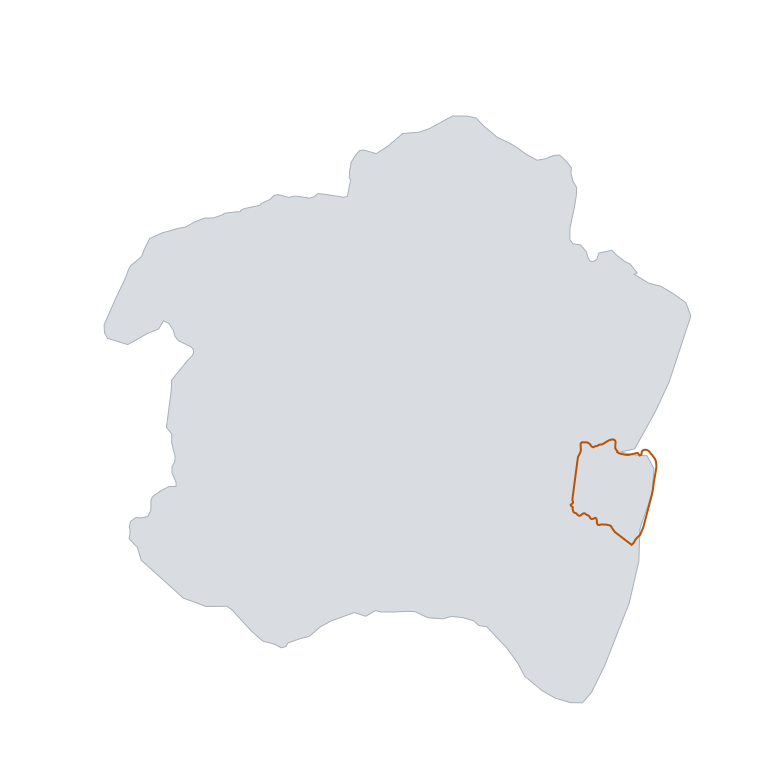 Saramacca on a map of Suriname (Mercator projection), rotated 102°
{"feature_id": "SUR-73", "entity_name": "Saramacca", "entity_type": "District", "adm_level": 1, "iso_a3": "SUR", "parent_name": "Suriname", "parent_adm1": "", "projection": "mercator", "projection_center": [-55.645, 5.696], "detail": "fine", "context": "in_parent", "style": "outline", "palette": "amber", "viewbox_px": 768, "rotation_deg": 102, "n_neighbors": 0, "source": "natural_earth", "source_scale": "10m", "svg_char_len": 3797}
<svg xmlns="http://www.w3.org/2000/svg" viewBox="0 0 768 768"><g transform="rotate(102 384 384)"><path d="M640.6,185.6L629.0,195.3L616.5,209.3L599.9,233.3L600.6,240.8L597.0,246.9L596.1,257.7L597.3,269.7L601.5,277.6L603.5,292.7L600.2,306.2L601.5,314.0L604.9,326.5L607.6,339.8L607.3,345.1L611.3,349.5L615.0,353.7L613.8,365.6L626.9,386.7L634.9,395.9L646.5,404.8L650.8,413.6L657.3,424.1L661.2,425.3L663.4,429.6L661.2,437.7L660.7,449.0L653.4,462.1L636.2,486.2L634.1,491.7L638.6,511.7L636.2,528.0L635.2,535.8L626.8,550.2L606.8,584.9L595.3,591.1L588.4,601.2L583.9,601.3L578.9,602.2L577.3,603.4L571.1,603.3L566.2,598.9L565.4,593.6L562.8,587.6L556.6,585.8L545.0,587.9L541.6,586.4L534.7,580.0L528.9,572.9L527.5,566.2L523.8,566.8L514.9,572.9L508.9,574.2L504.1,572.6L498.8,573.1L485.2,579.6L477.3,581.1L471.6,587.8L434.0,590.8L424.1,592.5L401.7,581.0L395.9,577.3L392.9,576.8L390.4,577.4L388.0,579.9L384.3,594.3L380.9,598.3L375.0,601.4L369.3,607.2L368.2,612.8L377.0,615.8L384.3,626.6L392.3,635.3L398.7,642.9L397.9,651.6L396.8,663.9L392.1,668.0L384.4,670.1L355.9,664.2L334.0,658.9L324.8,657.7L320.7,656.3L315.3,651.9L309.7,647.7L300.9,646.2L290.3,643.4L282.4,632.6L274.4,617.2L271.5,610.3L265.2,603.5L259.0,594.0L257.1,585.5L252.5,577.8L250.0,575.2L246.4,564.6L245.6,560.7L243.8,560.2L241.3,556.8L236.3,545.5L235.2,542.7L233.0,541.7L227.1,533.7L222.5,531.0L220.8,526.9L221.2,515.8L218.7,510.3L217.9,500.0L217.8,495.8L215.4,491.2L211.4,488.2L210.7,480.6L209.7,462.1L207.9,458.8L191.1,459.1L189.4,460.9L182.2,462.0L174.0,462.2L166.7,459.7L160.7,456.4L159.4,452.4L160.3,439.5L150.6,429.8L135.1,417.7L130.5,402.3L124.8,392.8L107.7,372.8L104.7,359.0L104.6,349.3L110.7,340.4L119.0,324.8L122.5,310.6L125.0,303.2L129.4,293.5L133.3,280.9L130.3,273.2L125.2,265.6L123.5,259.9L128.5,251.6L133.4,245.7L139.1,244.9L146.2,241.4L151.8,236.4L160.4,235.0L171.1,234.5L192.9,234.5L204.1,232.3L207.6,228.3L207.1,220.5L212.6,213.5L218.4,210.5L220.8,208.2L221.1,205.6L219.6,203.2L217.3,201.6L211.2,201.1L205.8,188.8L209.5,183.5L214.2,173.7L215.5,168.1L222.8,159.4L224.6,162.1L230.3,146.2L230.9,133.3L235.2,120.6L241.8,105.5L253.8,98.0L323.0,105.6L354.7,112.9L395.4,125.3L401.2,138.6L401.5,125.3L399.5,111.8L410.7,102.3L435.4,99.0L472.4,103.6L504.2,97.9L547.4,98.6L613.1,109.5L642.5,116.9L654.6,123.6L656.9,135.6L655.7,151.1L651.0,165.8L640.6,185.6Z" fill="#d9dde1" stroke="#a8b0b8" stroke-width="1"/><path d="M401.2,141.7L402.2,141.7L402.9,139.5L403.1,137.4L403.0,132.7L402.6,130.3L400.2,125.0L398.7,121.6L400.8,118.9L399.5,117.6L397.8,117.7L396.2,117.8L394.3,116.1L393.8,113.4L394.4,111.3L396.7,108.4L397.6,107.0L399.4,105.1L400.7,103.6L402.8,102.1L405.2,101.2L408.5,100.3L411.8,100.1L424.3,99.6L431.3,99.0L437.0,99.0L470.3,100.6L478.4,102.2L482.2,104.8L484.4,105.8L487.3,106.7L488.3,107.2L489.8,108.4L489.7,108.6L480.8,127.4L477.0,131.5L475.8,132.3L475.4,133.9L475.3,137.2L476.2,142.2L476.9,143.7L477.3,144.6L477.2,145.5L476.6,146.3L475.2,147.0L472.9,147.5L471.3,148.6L471.0,149.5L471.5,150.4L472.2,151.1L472.7,152.0L472.9,153.0L472.5,154.0L471.7,154.9L470.5,155.9L470.1,156.9L469.7,158.9L468.8,160.7L468.9,161.6L469.5,162.6L471.5,164.2L472.2,165.1L472.3,166.0L472.0,166.9L471.4,167.9L470.7,168.8L470.4,169.6L470.2,171.4L469.8,172.1L468.7,172.7L466.7,173.7L465.5,173.6L464.8,174.4L464.5,175.2L464.0,176.0L463.3,176.3L462.3,175.5L461.6,174.8L460.7,174.4L459.6,174.8L458.8,175.4L457.1,175.8L415.3,179.1L409.9,177.7L408.2,177.6L402.0,179.2L400.8,178.9L399.8,178.2L399.5,175.9L399.0,174.2L399.0,172.3L400.0,170.0L401.4,168.7L402.2,167.3L402.3,165.9L400.9,164.4L400.3,162.7L398.5,160.6L397.7,158.0L396.7,156.8L396.2,156.4L392.5,152.5L391.5,150.8L391.0,149.8L390.7,148.8L390.6,147.9L390.9,147.0L391.2,146.2L392.0,145.7L393.2,145.3L397.0,144.8L399.0,144.3L400.9,142.3L401.2,141.7Z" fill="none" stroke="#b45309" stroke-width="2"/></g></svg>